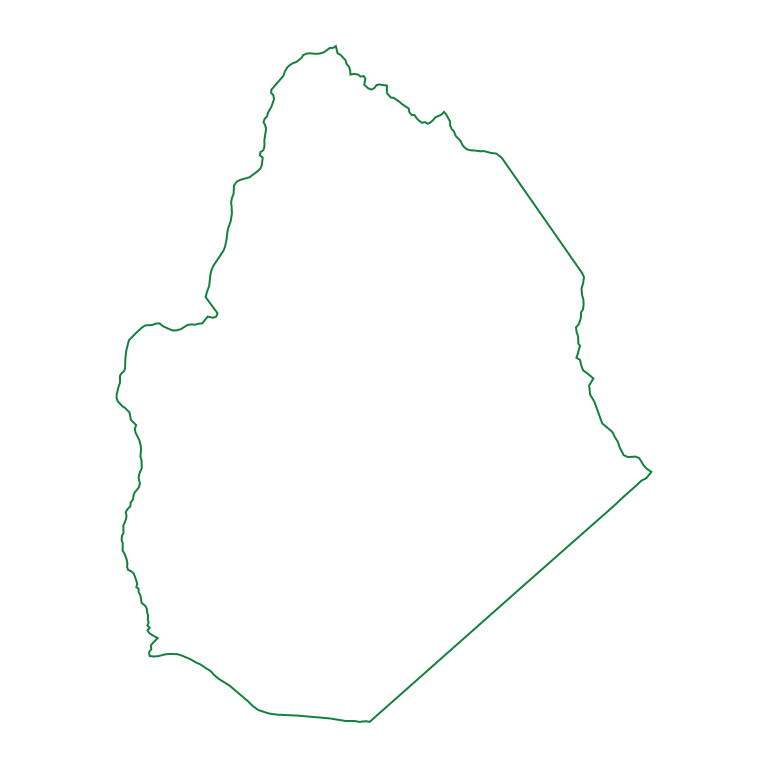 the district of Bom Jesus do Tocantins, Pará, Brazil
{"feature_id": "56859067B86767686760790", "entity_name": "Bom Jesus do Tocantins", "entity_type": "district", "adm_level": 2, "iso_a3": "BRA", "parent_name": "Brazil", "parent_adm1": "Pará", "projection": "robinson", "projection_center": [-48.817, -5.028], "detail": "fine", "context": "isolated", "style": "outline", "palette": "green", "viewbox_px": 768, "rotation_deg": 0, "n_neighbors": 0, "source": "geoboundaries", "source_scale": "gbopen_adm2", "svg_char_len": 3587}
<svg xmlns="http://www.w3.org/2000/svg" viewBox="0 0 768 768"><path d="M501.8,157.9L496.4,153.6L490.3,152.8L483.9,151.1L480.2,151.3L475.0,150.5L471.3,150.4L467.3,149.5L464.5,147.5L462.1,144.5L460.7,141.1L455.6,135.8L454.1,131.8L451.7,128.9L450.1,125.6L450.1,121.6L446.4,114.9L444.1,111.9L441.3,114.7L435.3,117.4L432.9,120.3L430.3,122.5L427.5,123.7L425.0,122.1L421.9,122.8L419.1,120.7L416.6,118.2L414.6,115.2L411.7,114.9L409.5,112.4L408.6,108.4L402.0,104.1L399.4,101.7L393.7,97.9L390.8,97.5L388.7,95.2L386.9,92.8L386.9,85.6L379.8,84.5L376.6,85.0L374.4,88.0L371.5,89.6L368.3,88.4L364.2,84.7L365.4,78.9L363.9,76.1L360.7,76.6L358.0,74.6L354.2,73.8L350.4,74.6L350.2,70.4L349.1,67.0L346.6,64.0L345.6,60.4L340.5,54.8L337.6,53.3L335.8,46.1L333.1,47.9L329.7,48.0L323.9,52.3L320.6,53.3L316.9,53.9L310.2,53.3L306.4,53.7L303.2,55.1L301.5,57.8L299.0,60.0L296.2,62.0L292.8,63.2L289.7,65.2L287.2,67.5L285.0,71.3L283.4,75.8L271.3,89.8L271.2,92.9L273.4,95.4L274.0,99.2L271.5,106.5L268.1,112.6L267.0,116.4L264.7,118.8L263.5,122.1L265.1,125.1L266.1,128.7L264.4,139.9L264.4,146.9L263.3,150.2L260.4,152.2L259.9,155.4L262.7,157.6L261.9,164.8L260.6,168.3L258.0,170.9L252.3,175.1L249.8,177.2L239.9,180.0L236.9,181.5L234.0,185.5L233.6,193.8L232.0,197.8L231.1,202.4L231.6,206.3L231.9,213.7L231.3,217.4L230.7,221.1L228.2,228.2L227.4,232.3L226.5,239.7L225.1,246.4L223.6,250.5L213.4,265.8L211.3,270.8L210.4,274.4L209.2,285.8L206.7,292.7L205.7,297.3L217.5,313.2L216.1,316.7L213.0,317.8L207.7,316.6L202.2,323.4L198.2,323.8L195.1,324.7L191.9,324.4L187.6,324.9L180.8,329.2L176.3,330.4L172.5,330.4L167.8,328.5L163.0,326.2L159.5,323.4L155.7,323.6L152.2,325.0L145.3,325.4L141.7,327.7L135.0,334.0L128.9,340.3L126.3,350.5L125.3,359.6L125.1,368.0L124.1,371.1L121.6,373.2L120.0,375.8L120.0,382.6L118.6,386.6L116.6,394.9L116.6,398.1L117.9,401.4L122.2,406.1L125.1,408.0L129.5,412.5L130.9,419.9L136.2,425.1L134.8,428.7L135.5,432.5L139.5,440.6L140.6,445.3L141.1,449.1L140.4,456.6L141.5,459.9L141.8,468.0L139.6,473.0L138.6,477.4L139.9,483.8L138.9,487.3L134.5,492.7L133.4,496.2L133.1,499.3L130.7,502.4L130.3,506.4L127.4,509.2L125.7,512.3L126.5,515.7L126.1,518.9L123.3,525.8L123.5,533.0L122.0,535.7L121.6,540.0L122.8,543.4L122.6,550.8L124.4,553.4L126.8,560.0L127.4,563.6L127.0,566.7L128.1,569.9L131.2,571.3L133.7,573.5L136.5,581.0L137.2,584.1L136.3,587.1L138.6,588.7L138.6,591.9L140.5,595.7L141.6,602.8L145.3,605.9L146.8,608.7L147.1,612.5L148.2,615.6L147.8,619.4L148.6,622.4L147.4,625.7L149.7,627.7L147.4,630.2L149.3,633.1L151.9,634.9L157.7,638.1L152.6,643.2L150.9,645.5L151.3,649.1L149.0,652.4L149.7,656.0L154.0,656.5L158.0,656.2L165.1,654.4L169.2,653.9L177.5,654.2L181.9,655.6L190.7,659.4L196.6,662.8L200.6,664.5L205.0,667.6L211.0,671.3L213.5,674.4L218.5,678.7L229.5,685.6L247.8,701.1L252.9,706.2L258.3,710.0L263.6,711.8L269.3,713.6L277.6,714.7L297.4,715.6L329.7,718.4L345.7,721.0L354.4,721.0L359.2,721.9L365.9,721.2L369.6,721.9L511.3,596.4L526.3,583.1L529.3,580.5L561.1,552.4L613.9,505.9L624.6,495.8L635.9,485.9L641.2,480.8L646.4,478.1L651.4,471.9L646.5,468.6L643.5,465.1L639.2,458.1L635.5,456.6L627.9,457.1L623.6,455.1L619.6,447.2L618.0,442.1L614.4,436.3L613.1,433.1L611.0,430.7L607.9,428.2L602.2,423.4L594.4,401.8L590.2,394.7L589.1,385.6L593.4,378.5L588.4,374.2L583.2,370.4L582.0,367.6L581.1,364.6L580.0,359.9L576.4,357.7L578.1,353.1L578.8,349.5L580.1,345.9L578.3,343.6L578.3,340.3L578.1,336.5L576.6,332.2L576.0,327.4L578.8,324.2L580.4,319.6L581.1,315.8L581.0,312.3L583.0,309.4L583.6,304.7L583.4,299.5L582.1,295.3L581.5,288.3L583.1,283.3L584.0,277.1L582.0,272.9L501.8,157.9Z" fill="none" stroke="#15803d" stroke-width="2"/></svg>